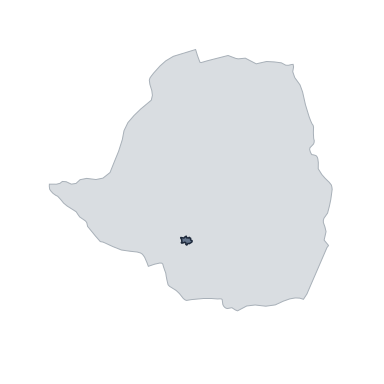 Zimbabwe, with Bulawayo highlighted, rotated 343°
{"feature_id": "ZWE-531", "entity_name": "Bulawayo", "entity_type": "City", "adm_level": 1, "iso_a3": "ZWE", "parent_name": "Zimbabwe", "parent_adm1": "", "projection": "robinson", "projection_center": [28.554, -20.139], "detail": "fine", "context": "in_parent", "style": "filled", "palette": "slate", "viewbox_px": 384, "rotation_deg": 343, "n_neighbors": 0, "source": "natural_earth", "source_scale": "10m", "svg_char_len": 3246}
<svg xmlns="http://www.w3.org/2000/svg" viewBox="0 0 384 384"><g transform="rotate(343 192 192)"><path d="M267.2,327.2L264.0,325.0L259.8,323.5L254.3,322.8L247.3,323.1L238.6,324.3L229.2,322.8L219.3,318.5L211.0,317.0L201.1,318.9L200.7,318.9L199.0,317.5L196.3,314.3L191.8,313.8L190.6,313.1L189.6,311.9L188.9,310.4L188.6,308.7L189.4,303.6L189.0,303.0L187.8,302.4L185.3,301.8L179.4,299.5L171.9,297.2L159.8,294.7L155.1,294.1L154.0,293.3L152.6,291.4L150.3,285.5L148.1,281.6L142.9,275.6L142.0,273.7L142.3,268.9L142.7,265.1L143.2,261.8L143.0,258.7L142.9,254.9L143.0,252.4L142.3,251.2L140.4,250.5L135.0,250.1L128.5,250.3L128.3,246.4L127.6,240.4L126.4,237.0L124.9,235.2L121.9,233.3L115.8,230.7L107.5,226.8L100.4,221.1L92.3,213.9L89.8,212.6L86.8,205.9L82.1,194.4L82.4,190.5L81.7,188.6L77.3,183.0L76.3,180.0L75.5,177.1L68.4,168.8L66.0,165.1L64.1,160.5L62.3,156.8L60.7,155.3L58.7,152.7L57.3,149.8L56.7,147.7L57.2,144.8L57.9,142.8L64.6,144.9L68.3,145.1L71.1,144.0L74.7,145.4L78.9,149.2L83.6,149.9L88.6,147.5L95.3,148.2L103.8,152.0L110.9,152.7L119.3,149.4L126.7,140.2L133.8,131.5L140.7,121.5L144.9,113.5L151.0,106.9L159.1,101.8L167.3,97.6L179.9,92.3L182.4,88.0L183.2,83.3L183.2,76.7L183.9,72.5L185.2,70.6L187.3,69.0L190.0,67.1L198.3,62.1L205.3,58.9L213.8,56.8L223.0,56.8L232.0,56.8L237.1,56.8L237.1,63.1L237.5,70.2L238.5,70.9L245.2,71.0L256.0,71.5L266.4,72.0L273.0,77.1L275.2,78.2L282.1,79.6L290.9,88.2L301.5,89.0L308.8,91.7L315.2,94.6L318.8,98.2L321.2,99.0L324.5,99.2L326.0,99.5L325.7,102.1L323.5,106.4L323.7,112.6L326.6,121.1L327.0,128.6L326.0,141.7L326.0,154.4L326.3,158.9L326.7,161.9L327.3,163.6L327.2,165.5L325.4,170.8L324.0,176.4L323.9,178.7L323.3,180.2L322.3,181.6L317.7,184.2L316.9,185.8L316.9,188.7L317.4,191.2L319.2,192.1L321.2,193.4L322.0,195.3L322.0,197.2L321.4,200.8L319.5,206.7L321.3,213.4L323.3,217.8L326.1,222.9L327.3,226.1L327.2,228.3L326.8,230.5L322.5,239.8L319.3,245.6L315.5,251.8L310.5,255.7L309.3,257.5L308.7,259.6L308.9,264.3L308.6,269.1L304.3,276.6L306.9,283.0L306.3,283.6L304.9,284.5L298.7,291.8L292.5,299.1L288.0,304.4L282.8,310.5L277.0,317.3L272.1,323.1L267.2,327.2Z" fill="#d9dde1" stroke="#a8b0b8" stroke-width="1"/><path d="M174.3,240.6L173.8,240.3L173.4,240.2L173.2,240.1L172.9,240.1L171.7,241.1L171.4,241.1L170.8,240.3L171.2,239.2L171.2,238.8L170.8,238.4L170.6,238.0L170.3,237.9L170.0,237.9L169.6,238.1L169.4,238.1L169.2,238.1L168.6,238.0L168.4,237.9L167.9,238.0L167.6,237.9L167.2,237.8L167.1,237.6L167.0,237.4L167.1,237.2L167.6,236.9L167.8,236.7L167.9,236.1L167.9,235.8L168.0,235.5L168.1,235.1L168.2,234.9L168.2,234.5L167.9,233.1L167.8,232.6L167.9,232.4L168.0,232.3L168.4,232.4L170.4,233.5L170.7,233.6L171.0,233.6L171.6,233.1L171.9,233.0L172.6,232.8L173.3,232.6L173.5,232.6L173.6,232.8L173.5,233.1L173.5,233.3L173.5,233.7L173.4,233.9L173.4,234.0L173.5,234.1L173.6,234.3L173.8,234.3L174.0,234.4L174.3,234.5L174.7,234.8L174.9,234.9L175.2,234.9L175.4,234.9L175.9,234.6L176.1,234.6L176.3,234.8L176.3,235.2L176.4,235.4L176.5,235.5L177.0,235.7L177.1,235.8L177.1,236.0L177.0,236.3L176.9,236.6L176.7,237.1L176.7,237.4L176.7,237.5L176.8,237.7L176.9,237.8L177.6,238.3L177.7,238.5L177.8,238.7L177.8,238.9L177.7,239.1L177.6,239.3L177.4,239.5L177.2,239.8L176.6,240.0L174.3,240.6Z" fill="#64748b" stroke="#1e293b" stroke-width="1.5"/></g></svg>